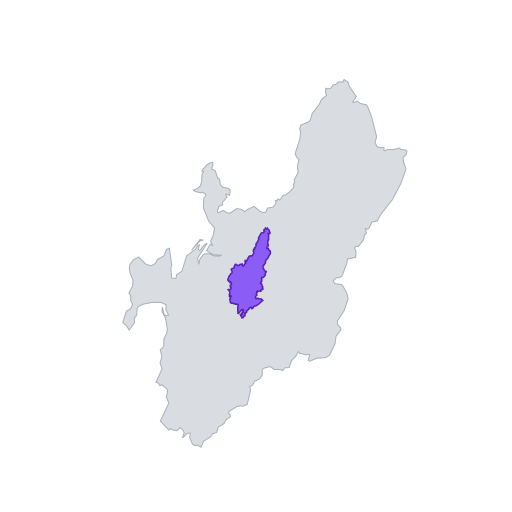 location of Kirovohrad within Ukraine, rotated 116°
{"feature_id": "UKR-320", "entity_name": "Kirovohrad", "entity_type": "Region", "adm_level": 1, "iso_a3": "UKR", "parent_name": "Ukraine", "parent_adm1": "", "projection": "robinson", "projection_center": [32.137, 48.505], "detail": "fine", "context": "in_parent", "style": "filled", "palette": "violet", "viewbox_px": 512, "rotation_deg": 116, "n_neighbors": 0, "source": "natural_earth", "source_scale": "10m", "svg_char_len": 9314}
<svg xmlns="http://www.w3.org/2000/svg" viewBox="0 0 512 512"><g transform="rotate(116 256 256)"><path d="M343.2,329.0L348.6,336.1L353.1,339.7L355.4,339.8L361.5,337.3L365.5,338.1L369.0,335.9L378.1,337.5L375.4,342.0L374.3,346.6L362.5,348.3L358.2,345.6L353.6,345.7L351.0,349.0L346.5,351.3L345.0,354.0L336.7,353.8L331.2,356.2L327.0,361.4L322.4,364.6L318.7,365.6L312.9,364.3L308.3,361.0L311.8,351.0L310.5,345.7L306.9,343.2L302.3,343.0L296.2,338.8L289.3,339.4L287.0,337.3L301.2,327.7L304.2,327.2L312.8,322.2L311.2,318.1L307.5,319.2L302.4,315.9L286.3,318.4L276.4,313.5L271.9,313.0L270.7,311.8L275.5,310.7L275.8,308.8L269.3,307.7L265.8,305.4L283.7,307.6L288.5,303.7L283.5,305.1L278.5,304.2L276.6,303.0L274.4,299.0L274.3,293.6L272.1,288.7L270.3,287.2L273.7,295.1L272.8,302.8L265.3,302.3L266.0,299.2L262.4,303.3L256.5,303.5L248.9,305.5L245.7,313.4L235.9,324.4L226.9,328.2L223.9,327.5L222.6,328.4L222.0,331.8L223.5,333.5L224.7,338.9L224.2,341.2L221.1,338.2L217.5,336.8L213.4,337.3L206.0,340.4L203.5,339.9L203.7,341.5L203.0,342.0L196.1,340.3L193.1,338.8L190.8,336.0L193.0,334.6L197.3,334.1L197.2,330.0L202.6,324.8L202.8,322.5L207.5,319.4L208.9,315.9L207.3,310.7L208.0,308.1L213.1,306.2L213.4,310.2L214.5,309.9L215.7,307.8L222.6,309.7L224.6,308.3L227.5,311.0L232.8,310.3L234.0,309.0L229.5,305.8L229.9,300.7L228.5,297.8L221.8,294.1L220.5,289.5L221.2,285.6L217.8,284.0L212.3,279.5L214.1,271.6L213.8,268.6L212.3,266.4L207.9,266.7L204.6,262.1L199.3,261.2L197.8,262.9L196.9,261.3L195.1,261.4L195.3,259.5L194.1,258.8L189.6,258.3L188.6,256.5L183.8,253.9L177.9,252.2L174.7,253.9L173.2,253.4L170.8,255.1L162.4,254.7L157.3,258.2L150.4,259.7L149.7,262.2L147.1,265.6L131.6,267.9L125.0,270.3L122.8,272.4L118.8,273.2L112.1,267.3L110.0,266.8L103.2,268.0L92.1,265.6L86.4,265.7L80.6,263.0L78.6,265.2L74.6,266.8L74.3,264.6L72.4,262.3L68.3,261.7L67.1,259.7L63.4,258.3L61.5,254.1L58.8,254.2L59.3,249.6L62.8,246.4L68.7,235.7L75.2,236.6L75.4,235.4L72.5,233.0L73.2,229.5L71.7,222.8L73.0,220.9L80.6,212.8L96.0,199.8L101.7,198.9L104.4,195.6L104.6,193.3L102.3,188.7L105.1,187.1L105.0,186.3L102.7,184.5L100.3,179.5L96.2,174.5L96.7,172.2L95.3,168.8L95.5,166.3L99.4,165.6L102.8,167.0L106.7,164.8L112.0,159.3L127.2,157.6L145.5,158.1L163.6,162.0L171.5,162.5L174.7,166.7L181.2,166.6L183.1,167.3L183.3,169.9L186.8,166.8L190.0,167.7L193.8,166.4L202.6,168.2L203.6,170.5L205.4,171.1L208.0,168.2L213.5,165.8L218.6,172.5L223.1,171.1L236.2,169.9L239.4,172.0L239.9,174.0L244.4,175.7L246.3,173.2L244.2,166.7L245.3,164.2L249.1,158.6L253.9,154.5L266.6,152.8L278.4,154.4L281.8,152.6L283.5,148.4L285.1,147.4L293.0,148.9L300.3,146.5L312.8,146.4L316.9,148.9L321.0,156.3L327.2,161.7L326.8,163.4L321.3,164.4L321.2,165.4L323.1,167.9L323.8,173.0L324.7,173.6L323.4,175.9L329.4,176.4L334.2,178.2L341.8,177.4L343.9,181.2L347.2,181.7L347.3,184.2L350.1,190.3L349.2,193.4L349.6,195.4L353.6,200.0L355.4,200.6L360.1,198.2L365.0,198.9L369.2,202.4L373.4,202.4L376.0,204.3L379.0,202.1L393.3,198.8L396.9,202.1L397.4,204.2L399.7,207.1L407.3,212.2L409.5,211.7L410.1,209.3L411.8,208.6L416.1,211.0L420.4,211.3L426.4,214.9L431.9,214.0L434.8,217.2L438.3,217.5L445.4,221.9L452.0,221.7L451.6,225.8L453.2,227.5L452.9,230.7L448.4,235.9L444.0,237.5L445.5,240.1L450.8,241.8L451.1,242.6L446.5,243.0L444.7,244.9L443.5,249.0L447.7,250.4L449.1,255.4L448.3,257.0L450.7,257.9L446.3,269.7L426.2,269.9L422.3,274.6L416.4,276.2L414.6,277.6L412.9,284.2L414.7,285.4L413.0,288.2L413.4,290.5L398.5,291.0L394.1,295.4L387.7,296.5L382.2,301.0L379.8,299.6L376.9,299.6L370.8,302.5L365.1,302.3L360.7,303.5L351.4,310.2L347.1,316.1L342.9,317.8L348.7,313.0L348.9,310.5L347.5,308.6L343.9,313.4L339.2,315.5L339.4,321.1L343.2,329.0ZM279.0,316.5L265.9,313.6L264.7,310.4L267.6,313.2L279.0,316.5Z" fill="#d9dde1" stroke="#a8b0b8" stroke-width="1"/><path d="M292.9,230.4L298.4,232.7L300.8,234.2L301.4,234.9L301.8,235.5L302.0,235.7L304.1,235.9L304.4,236.3L305.1,236.5L305.2,236.8L304.6,237.0L304.6,237.5L304.1,237.8L304.7,238.2L305.2,238.9L305.9,239.4L306.2,239.3L306.4,239.0L306.9,239.1L307.6,239.3L308.1,239.7L309.1,240.0L309.5,240.4L310.1,240.2L310.3,239.9L310.7,239.8L311.5,240.2L311.9,240.5L312.1,240.9L312.3,241.3L312.6,241.1L312.7,240.5L312.8,240.3L313.6,240.2L313.8,240.1L314.0,239.9L314.7,239.8L315.3,240.4L315.7,240.5L316.8,240.5L317.1,240.7L317.8,241.4L317.2,242.1L317.0,242.7L316.4,243.3L315.9,244.2L315.7,244.4L315.4,244.3L315.4,244.0L315.3,243.8L315.2,243.3L314.8,243.8L314.6,243.8L314.5,243.7L314.6,243.2L314.4,243.1L314.1,243.0L313.9,243.1L313.4,243.6L313.2,243.7L312.8,243.6L312.7,243.1L312.3,243.0L312.0,243.1L311.2,243.7L310.9,243.7L310.7,243.4L310.4,243.4L310.2,243.6L309.8,244.0L309.9,244.5L310.0,244.6L310.4,244.8L310.6,245.3L310.8,245.4L312.1,245.6L312.8,246.0L314.2,246.1L314.4,246.2L314.5,246.5L315.5,246.8L315.5,247.1L315.2,247.3L314.5,247.5L313.5,248.3L311.1,249.3L310.4,249.9L310.1,250.0L310.0,249.8L308.1,250.4L307.4,250.8L307.3,251.2L307.4,251.4L307.5,251.5L307.8,251.6L307.8,252.0L308.3,253.1L308.3,253.3L308.0,253.5L308.1,254.0L308.4,254.1L308.6,255.1L308.7,256.8L309.1,257.0L309.3,257.4L309.0,258.8L308.9,258.9L308.0,259.1L307.7,259.5L306.6,260.5L306.2,260.6L305.9,260.6L305.6,260.3L305.4,260.2L305.1,260.7L304.2,261.5L303.8,262.4L303.6,262.5L303.4,262.4L303.3,262.0L303.3,261.8L303.5,261.4L303.3,260.7L303.2,260.5L302.9,260.7L302.7,261.7L302.7,262.3L302.6,262.9L302.4,263.1L301.8,263.2L301.0,263.1L300.8,263.2L300.2,263.6L299.6,264.3L299.0,264.7L298.5,266.3L298.1,266.0L298.0,265.4L297.5,264.9L297.4,264.7L297.3,264.3L297.2,264.1L296.6,264.4L295.7,264.3L295.2,264.5L295.1,264.8L295.2,265.4L295.1,265.5L294.3,265.8L294.2,265.8L294.0,266.3L293.7,266.3L293.5,266.2L293.2,266.0L293.0,265.7L292.8,265.7L292.4,265.8L291.5,266.0L291.0,266.2L290.8,266.5L290.7,267.0L290.9,267.2L291.4,267.3L291.5,267.7L291.3,267.9L290.4,268.0L290.3,268.4L290.5,268.8L290.5,269.3L290.7,269.6L290.6,269.8L290.1,269.9L290.0,270.7L289.9,270.9L286.0,271.4L284.1,270.9L283.2,271.0L282.9,270.7L282.0,270.3L281.6,270.3L280.8,270.4L280.4,270.6L279.4,272.1L279.2,272.3L278.7,272.4L277.9,272.1L277.6,271.8L277.2,271.2L276.2,270.6L275.1,270.6L274.9,271.0L274.7,271.0L272.6,271.0L272.4,270.8L272.4,270.1L272.2,269.8L272.1,269.6L272.2,269.4L272.7,268.7L272.7,268.3L272.1,267.7L271.9,267.2L271.7,266.9L270.8,266.9L270.6,266.7L270.3,266.4L269.2,264.8L269.3,264.7L270.2,264.4L270.6,264.1L270.7,263.7L270.4,262.7L270.0,262.7L269.0,262.8L268.5,262.6L268.1,262.6L267.9,262.5L267.5,262.2L267.2,262.1L266.7,262.3L266.6,262.5L266.6,262.8L266.5,263.0L266.0,263.1L265.7,262.9L265.4,263.0L265.2,263.8L264.9,263.9L264.7,263.7L264.9,263.1L264.9,262.5L264.9,262.2L263.4,262.2L262.8,262.4L262.5,262.3L262.2,262.0L262.1,261.9L261.2,262.3L259.2,262.0L258.9,261.9L258.8,261.7L258.7,261.0L258.1,260.8L257.9,260.6L257.8,259.7L257.7,259.6L257.4,259.5L256.6,259.4L255.1,259.3L254.6,259.3L253.8,259.5L253.5,259.7L253.4,259.8L253.3,260.2L253.1,260.4L252.3,260.6L251.8,261.0L251.6,261.0L251.1,260.9L250.9,260.4L250.5,260.2L250.2,260.4L250.0,260.5L249.9,260.9L249.6,261.0L249.4,260.9L249.2,260.5L247.2,260.4L245.9,260.8L245.7,260.9L245.4,261.3L244.2,261.2L243.3,260.9L242.7,260.9L239.3,260.9L239.2,261.0L238.9,261.6L238.7,261.7L233.5,261.4L232.7,261.1L232.3,260.5L231.6,259.3L230.8,259.6L230.7,259.6L230.3,259.3L230.0,259.2L229.3,260.3L229.1,260.4L228.9,260.4L228.3,259.9L227.8,259.6L226.7,259.8L226.7,259.5L227.0,259.1L226.9,258.7L227.0,258.4L226.8,258.3L226.2,258.2L225.9,258.0L226.0,257.8L226.5,257.2L226.8,256.6L226.9,255.6L227.8,254.8L228.8,253.7L229.2,253.4L229.5,253.4L229.8,253.4L229.9,253.5L229.9,254.0L230.1,254.2L230.3,254.7L230.4,255.0L230.8,254.8L231.3,254.2L231.7,253.7L232.6,253.5L232.9,253.4L233.4,252.8L234.1,252.8L234.4,252.7L235.0,252.3L235.8,251.7L236.1,251.8L236.6,252.1L237.2,252.2L237.4,251.9L240.2,250.7L240.4,250.0L240.6,249.7L240.8,249.6L241.4,249.5L241.8,249.6L242.0,249.7L242.2,250.0L242.4,250.1L244.0,249.9L244.4,249.7L244.5,249.3L244.4,248.7L243.7,248.2L244.0,247.9L245.0,247.1L245.2,246.2L245.2,245.9L245.1,245.7L245.3,245.4L246.5,244.6L247.2,244.2L248.2,244.2L248.9,244.4L249.4,244.3L249.6,244.6L249.8,244.6L250.9,244.4L251.3,244.5L252.4,244.4L254.2,244.8L255.0,245.2L256.3,245.2L256.7,245.1L257.7,244.6L258.7,244.5L259.4,244.7L260.2,244.7L260.5,244.8L260.7,245.0L261.0,245.3L261.4,245.1L261.8,245.1L263.5,244.6L263.9,244.3L264.3,243.1L265.1,242.5L265.3,242.3L265.5,241.8L265.4,240.4L265.5,240.0L265.7,239.8L266.1,239.8L266.8,240.0L268.1,240.0L268.3,239.9L268.6,239.4L268.8,239.3L269.8,239.3L271.5,239.8L272.2,240.2L272.5,240.5L272.8,241.4L273.0,241.5L273.5,241.4L274.4,240.6L274.7,240.4L275.6,240.1L276.3,239.7L276.6,239.8L276.7,240.0L277.5,239.9L277.7,240.1L277.8,240.2L278.4,240.2L278.5,240.1L278.7,239.9L278.9,239.2L278.6,238.8L278.8,238.4L279.9,237.7L280.7,236.5L281.0,236.3L281.9,236.4L282.0,236.2L281.9,235.9L282.0,235.8L282.3,235.5L283.0,235.2L283.2,235.3L283.2,235.8L283.5,236.0L283.6,236.3L283.8,236.4L284.6,236.6L284.9,236.5L285.4,236.1L285.6,236.1L285.7,236.3L285.6,237.1L285.8,237.4L286.7,238.4L286.9,238.9L287.0,239.5L287.5,239.7L287.8,239.6L287.9,239.0L288.1,238.9L288.3,238.9L288.8,239.2L289.3,239.3L289.6,239.2L290.2,238.7L290.5,238.2L290.8,238.0L291.2,238.1L292.0,238.6L292.3,238.7L292.8,238.7L293.2,238.4L294.2,237.7L294.4,237.4L294.4,237.2L293.9,237.0L293.8,236.9L293.2,235.6L293.1,234.3L293.0,233.6L292.7,233.1L292.2,232.7L292.7,231.2L292.9,230.4Z" fill="#8b5cf6" stroke="#5b21b6" stroke-width="1.5"/></g></svg>